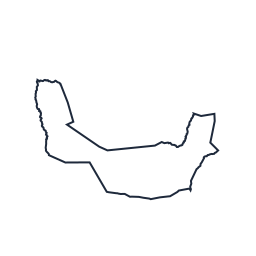 outline of Santa María Pápalo, Oaxaca, Mexico, rotated 243°
{"feature_id": "50627088B38844714330339", "entity_name": "Santa María Pápalo", "entity_type": "district", "adm_level": 2, "iso_a3": "MEX", "parent_name": "Mexico", "parent_adm1": "Oaxaca", "projection": "orthographic", "projection_center": [-96.755, 17.798], "detail": "fine", "context": "isolated", "style": "outline", "palette": "slate", "viewbox_px": 256, "rotation_deg": 243, "n_neighbors": 0, "source": "geoboundaries", "source_scale": "gbopen_adm2", "svg_char_len": 3569}
<svg xmlns="http://www.w3.org/2000/svg" viewBox="0 0 256 256"><g transform="rotate(243 128 128)"><path d="M70.7,95.2L65.9,98.5L64.9,100.6L61.7,106.4L58.9,110.0L55.4,115.0L54.3,115.9L51.7,125.0L49.4,131.1L49.0,132.2L48.1,134.5L48.6,143.0L49.2,144.9L46.4,154.4L45.6,155.3L44.1,155.4L45.0,156.3L46.5,156.4L47.6,156.9L49.6,159.1L52.3,160.1L60.2,170.4L60.5,172.0L61.0,172.9L61.4,175.3L63.1,176.4L63.9,178.1L66.6,182.0L67.4,182.2L67.8,183.2L67.5,184.6L67.1,185.3L67.7,186.7L67.3,187.6L67.4,188.6L67.0,190.6L66.4,191.5L66.2,192.2L65.9,193.1L66.4,194.1L66.3,195.3L67.1,198.1L70.9,196.9L77.6,194.7L85.1,200.7L94.8,208.4L101.4,211.4L105.5,198.6L111.0,193.2L109.9,193.1L110.0,192.1L109.6,191.8L109.4,191.4L108.8,191.2L108.5,190.7L108.2,190.4L107.8,189.2L107.6,189.3L107.1,188.3L106.0,187.4L105.8,186.5L105.5,185.8L105.0,185.3L103.4,184.1L102.9,184.2L102.7,183.2L102.3,182.8L101.6,182.3L101.4,181.1L100.9,180.7L100.4,180.2L97.6,179.5L96.0,178.2L96.0,177.5L95.4,177.2L95.0,176.8L94.8,176.3L94.6,176.1L94.2,175.9L94.2,175.4L93.5,175.2L92.9,175.2L92.5,174.7L92.5,174.3L92.0,174.1L91.3,173.4L90.7,172.9L90.8,172.6L90.7,172.4L90.7,171.6L89.9,171.3L89.7,171.2L89.7,170.6L89.6,170.2L88.5,169.0L88.6,168.8L88.2,168.3L88.3,167.4L88.6,166.8L88.6,164.8L88.4,164.0L88.8,163.1L88.9,162.9L90.2,162.7L90.7,162.6L90.9,162.4L91.1,162.1L91.4,161.9L91.8,161.8L92.0,161.4L92.2,161.0L93.0,159.8L93.3,159.4L95.3,159.0L95.7,158.7L95.9,157.4L96.8,157.1L97.0,156.6L98.0,153.5L100.2,151.7L100.1,144.0L117.4,99.5L124.4,93.9L158.7,75.2L158.4,82.1L178.1,85.9L197.4,87.8L197.4,87.7L197.5,87.6L197.9,87.8L198.1,87.8L198.4,87.7L198.5,87.6L198.8,87.6L199.0,87.5L199.2,87.4L199.6,87.2L199.9,86.9L200.1,86.7L200.3,86.5L200.6,86.2L200.9,86.0L201.0,85.9L201.4,85.7L201.6,85.6L201.9,85.5L202.2,85.4L202.6,85.2L202.9,85.0L203.1,84.8L203.1,84.6L203.1,84.4L202.9,83.8L202.7,83.2L202.8,82.8L202.8,82.7L203.0,82.2L203.0,81.9L203.0,81.6L203.1,81.4L203.3,81.1L203.4,80.9L203.5,80.7L203.8,80.4L204.0,80.2L204.3,80.1L204.7,79.9L205.1,79.6L205.4,79.3L205.5,79.2L205.6,78.9L205.7,78.6L205.8,78.4L206.0,78.3L206.3,78.4L206.6,78.4L206.8,78.4L207.0,78.3L207.1,78.0L207.2,77.7L207.3,77.5L207.3,77.4L207.3,77.2L207.4,76.8L207.6,76.7L207.8,76.6L207.8,76.4L207.9,76.2L208.1,76.1L208.3,76.0L208.5,75.9L208.6,75.7L208.7,75.2L208.6,74.8L208.6,74.6L208.5,74.1L208.4,73.9L208.5,73.6L208.6,73.4L208.6,73.2L210.0,71.6L210.1,71.4L210.1,71.1L210.1,70.9L209.9,70.7L209.6,70.4L209.6,70.2L209.8,69.9L210.3,69.9L210.7,69.8L211.4,69.5L211.9,69.2L211.4,68.9L210.8,67.9L210.2,67.7L208.3,67.6L206.9,67.1L206.0,65.4L203.2,64.1L202.6,62.6L201.8,62.3L201.1,62.0L200.6,61.3L199.2,60.6L198.1,60.2L197.3,59.2L196.2,59.0L195.3,58.5L194.8,58.7L193.6,58.5L192.7,58.1L190.4,57.8L189.0,56.6L187.6,56.2L186.1,56.2L185.8,56.4L185.2,57.3L184.5,57.2L183.6,56.5L182.8,57.4L181.9,57.0L181.5,57.0L181.3,57.3L180.5,57.1L179.0,56.1L178.8,56.0L178.6,55.4L177.8,54.6L177.3,54.6L176.4,55.4L175.8,55.4L174.7,53.7L174.3,53.5L172.7,54.0L171.6,53.6L171.0,53.7L170.3,53.2L169.9,53.3L169.0,52.2L168.2,52.2L167.1,52.8L166.2,52.8L165.5,52.4L164.6,52.4L163.0,53.4L162.0,53.0L160.6,53.3L160.3,52.7L159.9,52.4L159.4,52.0L159.0,52.4L158.1,52.1L157.2,52.5L156.7,51.7L156.4,51.6L156.2,51.2L155.6,51.2L155.1,50.8L155.2,50.1L155.0,49.9L154.8,50.0L153.4,49.1L152.9,48.8L151.0,47.9L147.8,45.7L147.2,45.5L146.1,45.2L145.1,44.6L144.7,44.6L143.6,44.8L142.8,45.1L142.3,45.2L141.6,45.5L140.7,45.6L140.1,45.4L139.7,45.2L125.7,56.5L114.8,78.2L98.6,79.1L80.8,80.1L79.5,81.7L78.4,83.3L75.5,87.5L75.0,88.3L74.7,88.9L73.8,89.8L72.6,91.4L70.7,95.2Z" fill="none" stroke="#1e293b" stroke-width="2"/></g></svg>